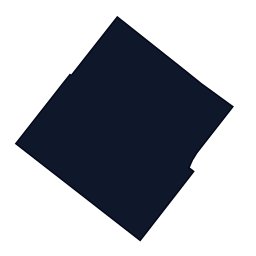 Morrill, Nebraska, United States of America (orthographic projection), rotated 38°
{"feature_id": "52423323B72555091865360", "entity_name": "Morrill", "entity_type": "district", "adm_level": 2, "iso_a3": "USA", "parent_name": "United States of America", "parent_adm1": "Nebraska", "projection": "orthographic", "projection_center": [-102.933, 41.721], "detail": "fine", "context": "isolated", "style": "filled", "palette": "ink", "viewbox_px": 256, "rotation_deg": 38, "n_neighbors": 0, "source": "geoboundaries", "source_scale": "gbopen_adm2", "svg_char_len": 339}
<svg xmlns="http://www.w3.org/2000/svg" viewBox="0 0 256 256"><g transform="rotate(38 128 128)"><path d="M197.5,46.6L193.2,46.8L158.1,48.0L138.9,47.7L51.2,47.1L51.0,121.6L49.4,121.6L49.3,134.3L49.2,209.4L206.8,209.1L206.5,121.8L200.5,121.8L198.4,113.6L197.5,105.1L197.5,46.6Z" fill="#0f172a" stroke="#020617" stroke-width="1.5"/></g></svg>